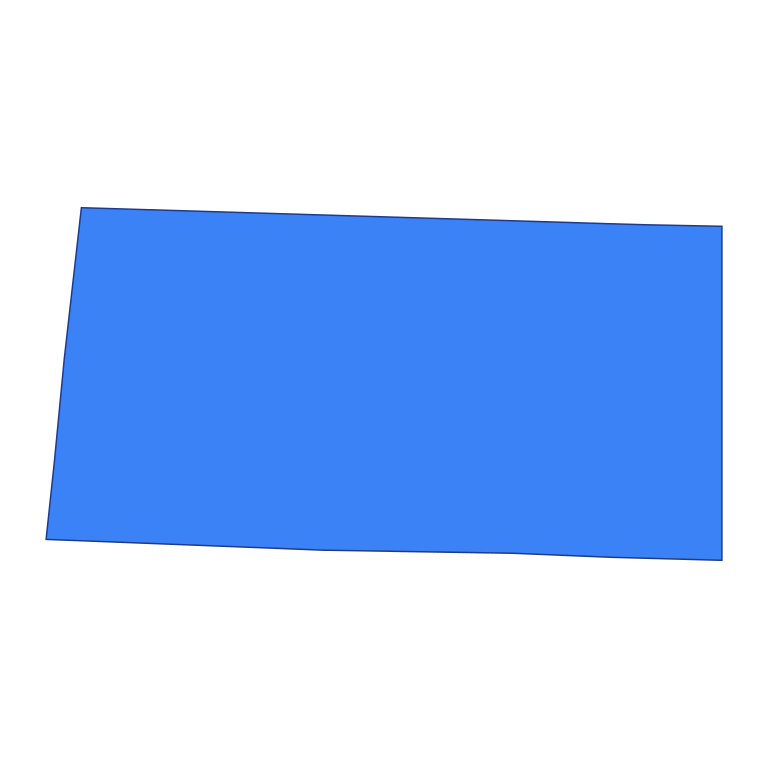 outline of Franklin, Alabama, United States of America
{"feature_id": "52423323B7214659914962", "entity_name": "Franklin", "entity_type": "district", "adm_level": 2, "iso_a3": "USA", "parent_name": "United States of America", "parent_adm1": "Alabama", "projection": "mercator", "projection_center": [-87.887, 34.443], "detail": "fine", "context": "isolated", "style": "filled", "palette": "blue", "viewbox_px": 768, "rotation_deg": 0, "n_neighbors": 0, "source": "geoboundaries", "source_scale": "gbopen_adm2", "svg_char_len": 282}
<svg xmlns="http://www.w3.org/2000/svg" viewBox="0 0 768 768"><path d="M64.3,358.6L54.5,460.5L54.2,463.3L46.1,539.4L323.9,550.2L510.7,553.2L611.7,557.3L721.9,560.3L721.9,226.3L647.3,224.8L608.3,223.7L81.4,207.7L64.3,358.6Z" fill="#3b82f6" stroke="#1e3a8a" stroke-width="1.5"/></svg>